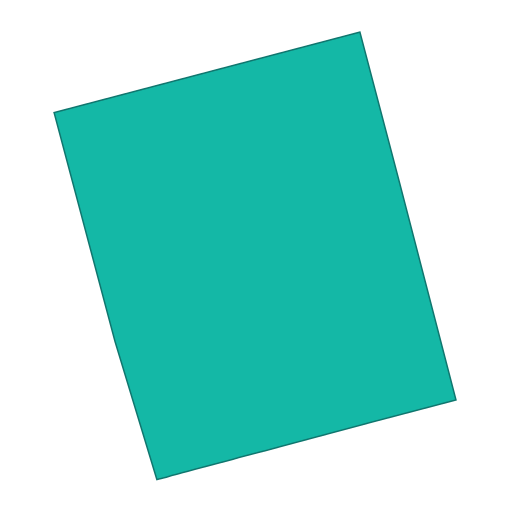 Winneshiek, Iowa, United States of America (orthographic projection), rotated 165°
{"feature_id": "52423323B22827021429588", "entity_name": "Winneshiek", "entity_type": "district", "adm_level": 2, "iso_a3": "USA", "parent_name": "United States of America", "parent_adm1": "Iowa", "projection": "orthographic", "projection_center": [-91.743, 43.291], "detail": "fine", "context": "isolated", "style": "filled", "palette": "teal", "viewbox_px": 512, "rotation_deg": 165, "n_neighbors": 0, "source": "geoboundaries", "source_scale": "gbopen_adm2", "svg_char_len": 559}
<svg xmlns="http://www.w3.org/2000/svg" viewBox="0 0 512 512"><g transform="rotate(165 256 256)"><path d="M413.9,446.8L414.3,209.9L409.6,65.7L406.6,65.7L405.6,65.6L405.3,65.6L403.0,65.6L399.8,65.5L394.1,65.8L393.2,65.8L390.5,65.7L387.1,65.7L382.8,65.8L378.2,65.7L370.0,65.8L350.2,65.7L330.8,65.6L330.7,65.6L328.7,65.7L326.6,65.7L325.4,65.8L310.2,65.7L299.5,65.6L298.4,65.5L281.5,65.6L280.0,65.6L268.3,65.6L251.1,65.6L191.1,65.6L185.8,65.6L100.1,65.2L98.4,288.1L98.2,327.0L97.7,445.4L413.9,446.8Z" fill="#14b8a6" stroke="#0f766e" stroke-width="1.5"/></g></svg>